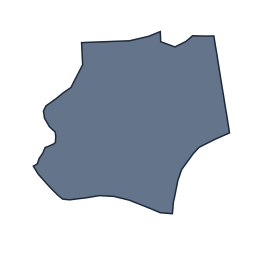 outline of Bilad Ar Rus, Sana'a, Yemen, rotated 261°
{"feature_id": "15242507B85471999170194", "entity_name": "Bilad Ar Rus", "entity_type": "district", "adm_level": 2, "iso_a3": "YEM", "parent_name": "Yemen", "parent_adm1": "Sana'a", "projection": "natural_earth1", "projection_center": [44.271, 15.035], "detail": "fine", "context": "isolated", "style": "filled", "palette": "slate", "viewbox_px": 256, "rotation_deg": 261, "n_neighbors": 0, "source": "geoboundaries", "source_scale": "gbopen_adm2", "svg_char_len": 1406}
<svg xmlns="http://www.w3.org/2000/svg" viewBox="0 0 256 256"><g transform="rotate(261 128 128)"><path d="M218.2,175.0L217.4,171.6L217.0,169.9L215.3,162.5L214.9,156.8L214.2,147.2L213.9,143.2L218.5,105.0L219.6,95.5L213.2,94.8L209.2,94.4L207.8,94.2L197.6,93.1L197.3,92.9L189.4,87.1L185.2,84.0L184.7,83.6L177.5,78.4L176.9,77.9L173.0,69.7L170.4,65.3L168.2,61.5L166.9,58.8L164.3,53.7L163.8,52.7L162.7,50.5L160.1,48.6L158.8,47.7L157.9,47.1L152.3,47.1L150.6,47.1L146.2,48.8L141.6,50.6L141.2,50.9L138.6,52.8L138.0,53.3L135.6,55.4L131.4,55.4L129.5,55.0L125.3,54.1L124.1,52.7L122.3,46.5L121.7,43.1L120.9,42.6L116.2,39.7L112.0,35.6L111.1,35.1L106.7,32.8L105.1,28.5L96.5,32.1L96.3,32.2L86.2,38.7L82.4,41.2L79.1,43.5L75.9,45.8L72.8,48.1L68.0,52.3L67.0,56.0L66.2,59.1L65.6,76.3L65.6,78.9L65.7,89.4L65.5,90.1L63.4,99.9L62.7,103.2L56.7,117.6L45.3,136.9L39.3,146.6L37.8,152.6L36.4,158.4L41.7,159.8L42.7,160.0L47.6,161.2L52.6,163.2L68.3,169.0L78.6,174.5L92.2,188.1L97.8,195.2L101.9,207.9L103.5,213.2L107.3,227.5L116.9,227.5L126.2,227.5L126.8,227.5L136.1,227.4L143.0,227.4L143.9,227.4L165.1,227.3L170.5,227.3L173.6,227.3L177.7,227.3L179.2,227.3L187.7,227.3L194.5,227.2L199.2,227.2L203.8,227.2L205.5,227.2L206.5,219.9L207.5,214.2L208.1,211.0L209.0,206.1L207.5,203.8L204.5,198.9L202.1,191.4L201.0,187.8L200.7,187.1L203.3,182.4L203.7,181.7L208.1,173.8L218.2,175.0Z" fill="#64748b" stroke="#1e293b" stroke-width="1.5"/></g></svg>